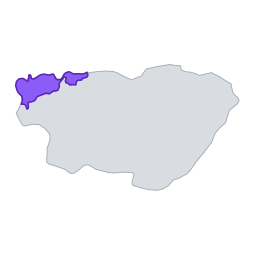 location of Samdrup Jongkhar within Bhutan, rotated 179°
{"feature_id": "BTN-2492", "entity_name": "Samdrup Jongkhar", "entity_type": "District", "adm_level": 1, "iso_a3": "BTN", "parent_name": "Bhutan", "parent_adm1": "", "projection": "robinson", "projection_center": [91.574, 27.008], "detail": "fine", "context": "in_parent", "style": "filled", "palette": "violet", "viewbox_px": 256, "rotation_deg": 179, "n_neighbors": 0, "source": "natural_earth", "source_scale": "10m", "svg_char_len": 3023}
<svg xmlns="http://www.w3.org/2000/svg" viewBox="0 0 256 256"><g transform="rotate(179 128 128)"><path d="M209.4,108.2L209.0,110.0L207.1,114.7L205.9,119.8L206.9,124.0L211.1,129.0L216.8,133.0L224.0,133.3L230.7,131.8L233.3,132.4L236.9,139.1L239.5,144.8L236.0,150.8L234.1,156.0L233.4,159.7L233.9,161.3L236.0,164.3L238.5,169.5L238.9,174.2L237.3,177.3L233.9,178.8L230.2,178.4L227.2,178.4L223.4,179.0L217.5,180.7L212.0,183.0L201.8,182.6L197.6,177.9L195.7,177.9L186.3,183.9L176.1,182.9L157.6,184.9L149.8,185.3L141.9,184.7L137.8,183.4L130.3,179.2L123.6,176.1L116.6,178.9L114.2,179.4L108.6,186.7L96.6,189.1L84.7,190.8L81.1,189.9L74.4,189.4L74.1,187.7L74.3,186.1L72.8,184.8L70.1,183.4L65.4,182.9L59.3,181.1L55.9,179.3L43.6,181.9L36.4,178.1L28.4,172.8L24.3,170.5L22.8,162.4L21.4,159.8L18.2,157.0L16.4,153.8L17.9,150.5L26.0,144.3L26.7,142.9L30.5,131.3L35.7,127.1L40.9,121.3L44.8,112.0L52.3,102.5L60.6,92.7L66.3,84.8L70.0,81.1L77.7,77.1L84.2,74.8L88.7,69.5L94.1,66.5L99.6,65.2L107.8,65.9L115.5,67.8L124.0,70.4L125.0,72.6L124.3,76.3L123.0,80.2L123.0,82.1L124.3,83.2L132.6,83.9L142.7,83.3L148.4,83.9L161.1,87.4L164.8,89.9L168.7,91.8L172.5,91.5L177.3,87.4L182.4,83.9L185.5,83.4L187.8,84.5L191.8,87.8L200.2,90.9L207.6,93.2L210.0,95.5L209.2,105.0L209.4,108.2Z" fill="#d9dde1" stroke="#a8b0b8" stroke-width="1"/><path d="M239.3,173.6L238.8,176.3L236.4,178.9L232.3,179.5L231.1,178.9L229.0,177.0L227.8,176.5L226.8,176.8L227.0,177.8L227.0,179.0L225.6,179.7L226.4,180.7L226.4,182.0L225.9,182.9L224.8,182.8L224.1,181.7L223.9,180.4L223.5,179.3L222.3,178.6L220.3,179.0L216.1,181.9L214.1,182.9L210.9,183.3L209.8,183.2L206.8,182.3L205.6,182.3L203.2,183.2L202.0,183.3L201.1,182.5L199.6,179.0L198.9,178.0L198.0,177.7L195.3,177.5L194.3,177.7L193.1,178.6L192.5,179.8L191.9,181.2L191.1,182.7L190.3,183.5L189.2,184.3L188.1,184.8L187.0,185.1L185.6,185.2L184.7,184.8L182.7,183.5L180.4,182.9L175.7,183.1L173.3,182.8L171.4,182.8L168.1,184.4L167.2,182.1L167.2,181.7L167.3,181.5L167.5,180.9L167.6,180.5L167.9,179.9L168.4,179.5L168.8,179.3L171.7,178.6L172.6,178.0L173.0,178.1L173.8,176.7L176.9,176.6L178.1,176.1L178.8,174.9L179.5,172.0L180.4,172.1L182.3,172.3L184.9,172.0L185.5,172.1L185.9,172.3L186.3,173.0L186.8,173.5L187.5,173.9L189.0,174.1L189.8,175.9L189.8,176.3L189.7,176.7L189.5,177.0L188.9,179.3L190.8,180.0L191.6,179.7L192.3,178.2L192.9,177.6L193.4,177.0L194.1,176.2L195.0,175.2L196.0,173.5L196.2,172.9L196.1,172.4L195.9,171.4L196.0,170.5L196.1,170.0L197.3,167.7L197.4,167.0L200.0,166.1L200.9,166.7L201.0,166.7L206.3,163.5L209.3,164.2L218.4,160.9L219.9,158.1L221.3,156.8L224.3,155.8L226.1,155.5L227.0,155.5L227.2,155.4L227.2,155.1L227.4,152.6L227.2,151.1L227.4,150.0L227.7,149.1L228.0,148.8L228.4,148.7L228.7,148.9L228.9,149.2L229.1,149.6L229.4,150.8L229.6,151.3L229.9,152.1L230.0,152.4L230.2,152.7L230.5,153.0L231.1,153.4L231.7,153.5L232.3,153.6L234.1,153.7L234.3,153.8L234.1,154.1L233.7,155.2L233.3,156.5L233.1,158.0L233.1,159.4L233.9,161.9L237.3,165.4L238.4,167.9L239.6,172.4L239.3,173.6Z" fill="#8b5cf6" stroke="#5b21b6" stroke-width="1.5"/></g></svg>